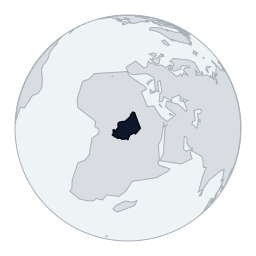 the Earth from above Chad, rotated 42°
{"feature_id": "TCD", "entity_name": "Chad", "entity_type": "country or territory", "adm_level": 0, "iso_a3": "TCD", "parent_name": "Africa", "parent_adm1": "", "projection": "orthographic", "projection_center": [18.978, 15.46], "detail": "fine", "context": "on_globe", "style": "filled", "palette": "ink", "viewbox_px": 256, "rotation_deg": 42, "n_neighbors": 0, "source": "natural_earth", "source_scale": "50m", "svg_char_len": 10932}
<svg xmlns="http://www.w3.org/2000/svg" viewBox="0 0 256 256"><g transform="rotate(42 128 128)"><circle cx="128" cy="128" r="113" fill="#eef3f6" stroke="#a8b0b8"/><path d="M100.5,18.8L93.8,20.7L95.3,20.3L91.1,21.8L91.2,22.0L88.6,22.9L91.0,22.4L93.4,21.5L95.2,21.1L95.5,21.2L92.2,22.3L91.6,22.4L90.8,22.8L89.0,23.3L90.1,23.2L86.1,24.6L90.5,23.5L87.7,24.9L84.9,25.9L84.7,25.4L77.7,27.4L74.8,28.8L71.0,30.9L64.9,35.6L61.9,37.5L58.3,40.5L60.1,39.4L63.6,36.8L66.2,35.8L70.2,33.1L71.8,32.5L76.1,30.1L76.0,31.1L73.5,33.4L69.9,35.5L68.8,36.7L72.6,35.3L66.4,40.3L63.0,45.7L61.3,47.2L57.3,48.2L56.2,46.1L50.9,48.8L54.8,47.8L50.6,52.0L50.1,53.1L50.7,53.5L52.5,52.3L51.1,54.1L46.8,55.4L47.9,53.8L49.3,53.3L48.7,52.5L45.7,54.0L43.8,56.3L41.4,57.1L39.9,58.9L38.6,60.3L41.0,57.3L36.7,62.9L33.7,66.4L38.5,59.6L43.9,53.1L49.7,47.0L55.9,41.4L62.6,36.3L69.6,31.7L77.0,27.6L84.6,24.1L92.5,21.1L100.5,18.8ZM17.7,104.9L18.0,104.2L16.8,110.5L17.9,105.7L17.4,109.6L18.7,112.5L18.3,113.7L19.2,123.9L22.2,130.1L22.9,135.5L22.4,138.0L23.9,139.9L23.9,141.8L31.6,148.9L37.0,155.8L37.9,162.4L35.3,168.2L37.6,182.5L34.2,184.5L36.5,190.0L39.2,196.7L36.8,194.0L40.7,199.1L41.6,200.2L36.4,193.5L31.7,186.5L27.6,179.1L24.0,171.4L21.1,163.4L18.7,155.3L17.0,147.0L15.9,138.6L15.4,130.2L15.5,121.7L16.3,113.3L17.7,104.9ZM24.0,84.8L22.5,88.8L22.7,88.1L24.0,84.8ZM28.0,76.2L28.4,75.4L28.2,75.8L28.0,76.2ZM75.8,29.8L75.9,30.0L75.1,30.3L75.8,29.8ZM77.6,28.8L76.6,29.1L77.2,28.6L77.9,28.4L77.6,28.8ZM78.8,28.6L78.6,27.8L79.8,27.1L83.3,25.9L78.8,28.6ZM94.0,21.2L91.5,22.1L93.3,21.3L94.0,21.2ZM94.7,20.8L97.5,19.6L101.3,18.6L99.6,19.1L104.3,17.9L104.8,18.0L102.3,18.7L99.7,19.2L101.9,18.9L94.7,20.8ZM96.1,20.9L96.3,20.6L99.6,19.6L99.8,20.0L98.6,20.2L96.1,20.9ZM105.3,17.7L107.8,17.2L108.9,17.1L110.0,16.9L105.1,17.9L105.3,17.7ZM98.1,20.5L99.8,20.3L98.5,20.9L96.1,21.1L98.1,20.5ZM100.4,19.3L102.0,18.9L101.2,19.2L100.4,19.3ZM94.9,23.5L95.1,22.9L96.8,22.4L94.9,23.5ZM100.5,20.2L100.9,20.0L101.6,19.8L102.5,19.8L100.5,20.2ZM106.2,17.9L106.2,18.0L108.3,17.5L109.2,17.5L105.7,18.3L107.6,18.0L107.9,18.0L104.8,18.6L106.2,17.9ZM105.5,19.3L101.4,20.5L100.6,21.5L99.0,22.0L100.6,20.3L105.5,19.3ZM105.3,18.8L105.0,19.2L103.2,19.5L102.3,19.4L105.3,18.8ZM111.0,17.4L110.5,17.1L111.3,16.9L111.0,17.4ZM105.6,19.4L106.6,19.2L105.7,19.5L105.6,19.4ZM109.8,17.9L109.5,17.7L110.4,17.6L109.8,17.9ZM108.7,18.8L107.4,19.1L106.7,19.1L108.7,18.8ZM109.5,18.3L110.8,18.2L107.3,18.8L109.2,18.3L109.5,18.3ZM110.6,17.8L111.1,17.7L110.6,17.9L110.6,17.8ZM112.1,19.0L107.8,19.9L106.4,19.6L110.6,18.8L112.1,19.0ZM213.2,54.4L213.7,54.9L211.0,51.9L214.2,55.7L216.1,57.9L215.4,56.9L217.1,59.1L218.9,61.5L219.5,62.3L223.9,68.9L227.8,75.8L231.2,82.9L232.8,87.5L233.6,89.5L232.6,88.1L233.9,92.8L237.6,102.6L238.3,105.9L239.1,113.7L238.7,111.3L236.3,107.3L237.6,115.6L239.5,120.7L240.2,128.0L239.5,126.7L238.6,120.4L237.7,118.8L236.7,111.7L233.5,102.3L232.7,105.4L231.5,101.3L227.0,94.3L225.2,98.7L223.1,112.1L224.8,122.9L223.2,128.5L216.2,114.8L212.5,105.0L210.4,106.8L202.9,99.7L191.1,102.0L189.0,99.7L186.9,101.4L181.6,99.6L178.4,95.7L175.3,96.5L183.8,106.9L187.0,106.1L189.3,101.1L191.0,105.0L196.1,107.8L191.7,119.0L173.6,130.9L171.3,123.0L154.8,102.4L155.0,99.9L154.9,99.7L154.7,99.2L153.7,103.3L150.7,99.3L160.1,113.8L161.9,120.3L173.3,131.4L172.4,132.8L175.9,134.9L186.6,130.3L186.8,133.0L182.1,146.3L166.8,164.9L168.6,175.7L167.0,185.0L156.9,191.9L157.2,198.6L151.9,201.4L151.1,205.2L146.5,209.4L139.1,213.4L127.0,213.8L126.7,210.5L121.4,204.1L114.2,187.7L117.7,179.9L116.9,173.7L108.1,159.7L110.0,151.8L107.6,148.4L102.6,149.1L99.7,145.0L96.6,144.8L77.1,146.4L70.9,140.7L63.0,123.7L66.4,117.6L66.6,110.1L89.5,86.7L94.8,88.4L113.3,85.7L115.7,86.6L113.9,92.3L128.2,99.2L132.2,94.3L144.7,97.7L152.7,97.0L154.7,86.2L141.6,87.0L138.9,82.0L149.0,76.9L160.4,76.8L159.7,74.9L152.1,71.0L154.3,67.4L149.4,69.5L151.7,71.3L148.7,72.8L146.5,71.3L147.3,70.0L143.8,69.3L140.5,76.4L142.5,79.0L133.5,80.7L135.9,85.4L133.6,87.7L128.6,80.8L128.8,78.2L120.0,71.1L119.0,73.9L127.3,80.9L124.8,80.4L123.5,84.8L122.6,81.1L113.9,73.2L105.5,75.0L95.4,85.6L90.4,86.4L85.9,84.1L88.9,73.2L99.8,72.8L101.0,69.5L98.3,64.6L101.8,65.1L102.0,63.2L106.1,63.0L111.3,58.7L115.4,58.2L116.9,52.9L119.2,52.1L117.7,55.4L118.7,57.6L128.8,57.2L130.6,56.0L130.8,52.7L133.5,53.2L132.4,50.1L137.9,48.7L130.3,48.0L130.3,44.6L133.3,42.1L131.9,41.0L127.0,45.2L126.2,47.1L127.8,48.9L124.6,54.6L121.3,55.7L119.4,49.6L114.5,50.6L115.2,45.9L128.1,36.5L133.8,34.8L144.2,38.4L143.2,40.3L139.0,39.9L143.4,43.1L142.8,41.5L145.1,42.1L145.6,39.5L147.3,39.8L145.0,36.9L147.1,37.1L148.5,38.9L151.2,35.6L155.3,35.5L155.1,34.7L153.7,33.8L160.0,34.5L159.6,33.9L157.4,33.4L155.1,31.9L153.5,29.7L155.8,30.0L156.6,30.9L161.8,33.4L163.8,36.0L164.6,35.9L163.4,33.9L157.0,30.7L155.5,29.3L158.6,30.5L157.4,29.9L157.3,29.4L159.3,29.2L155.9,27.9L151.9,22.4L155.4,22.1L158.7,23.5L158.3,21.2L162.3,21.7L160.3,21.1L158.7,20.2L157.4,19.9L156.3,19.6L151.7,17.9L152.0,17.9L159.8,19.9L167.4,22.5L174.9,25.6L182.1,29.2L189.0,33.3L195.6,37.9L201.9,43.0L207.8,48.5L213.2,54.4ZM82.2,98.9L81.7,101.1L82.2,98.9ZM172.9,82.3L179.4,82.0L175.5,75.8L177.7,75.2L175.6,73.5L175.2,75.4L170.0,70.6L172.4,68.4L171.1,65.8L168.9,65.8L165.3,70.7L172.8,77.4L171.7,80.2L172.9,82.3ZM18.8,112.5L18.8,114.1L18.5,113.6L18.8,112.5ZM21.4,95.5L21.5,96.7L21.1,96.5L21.4,95.5ZM22.2,90.0L21.4,94.7L20.6,95.0L21.3,92.1L21.3,92.6L22.2,90.0ZM26.4,79.5L26.0,80.1L25.6,81.1L26.1,80.0L26.4,79.5ZM27.8,76.6L28.4,75.5L27.8,76.6ZM50.9,51.9L51.2,51.8L51.3,52.6L50.5,52.9L50.9,51.9ZM56.7,52.6L54.5,55.4L55.5,53.5L53.9,54.3L54.0,51.5L60.5,47.8L57.5,49.8L56.7,52.6ZM56.0,47.2L55.2,49.1L55.9,47.2L56.0,47.2ZM99.2,54.3L100.8,55.4L99.4,57.4L94.3,58.9L96.1,55.8L99.2,54.3ZM103.3,56.6L102.9,50.6L106.1,49.8L104.3,51.2L106.5,51.2L104.3,53.6L107.7,59.0L106.8,61.2L97.8,62.1L101.2,60.4L99.5,59.3L103.3,56.6ZM96.2,39.9L96.1,38.1L103.2,38.5L102.5,40.1L97.3,41.5L95.1,40.3L96.2,39.9ZM84.9,26.9L84.4,26.8L85.3,26.4L86.5,26.2L84.9,26.9ZM94.8,23.3L88.1,27.3L87.2,27.3L84.3,30.0L80.8,31.2L82.7,29.3L77.9,32.4L78.2,31.2L75.2,33.4L79.9,29.0L80.1,28.3L81.3,28.6L84.5,27.5L86.0,26.8L90.1,24.5L92.0,22.7L95.5,21.6L97.5,21.3L97.6,21.6L95.3,22.1L97.1,22.1L93.8,23.2L94.8,23.3ZM118.9,23.2L116.1,23.0L119.2,24.6L115.9,25.0L116.5,25.2L114.3,26.1L112.6,27.6L111.0,27.6L111.0,28.2L109.6,29.0L109.1,29.9L106.1,30.4L105.3,31.5L104.3,31.1L103.7,33.1L102.8,31.9L100.9,33.0L102.7,33.6L88.0,35.7L82.4,38.1L78.3,40.8L77.4,38.8L80.8,35.2L86.3,31.3L91.7,29.6L90.3,29.2L92.5,28.3L92.7,29.0L93.8,27.4L95.6,26.9L100.5,24.5L100.9,23.0L102.7,22.2L103.5,22.5L104.7,21.5L107.4,21.8L108.7,21.3L112.7,21.3L113.4,22.5L114.8,21.9L117.9,22.1L118.9,23.2ZM113.1,19.0L114.7,20.1L113.7,20.9L107.2,20.7L105.7,21.2L101.5,21.4L103.0,20.2L104.1,20.2L105.4,20.0L104.4,20.4L106.3,19.9L107.8,20.0L109.7,19.6L109.7,20.0L113.1,19.0ZM118.1,84.4L119.9,84.7L122.7,84.4L121.9,87.3L118.1,84.4ZM112.0,79.1L113.6,78.7L113.9,82.4L112.0,82.3L112.0,79.1ZM114.3,75.6L113.7,78.4L112.9,76.9L114.3,75.6ZM119.1,54.9L120.8,54.5L121.0,55.3L120.2,56.5L119.1,54.9ZM127.2,29.1L125.8,28.6L126.2,28.3L125.0,26.5L127.3,26.3L129.0,27.2L127.2,29.1ZM152.6,88.2L150.4,90.4L149.2,89.5L150.2,88.9L152.6,88.2ZM135.5,88.9L139.5,90.1L135.3,89.7L135.5,88.9ZM129.5,28.5L128.7,27.8L130.4,28.2L129.5,28.5ZM129.0,26.0L130.9,26.2L127.5,26.0L129.0,26.0ZM185.0,222.2L184.8,223.0L183.5,223.4L185.0,222.2ZM184.8,181.2L176.1,197.8L171.2,198.5L170.9,194.1L174.5,184.3L180.4,180.8L183.4,176.0L184.8,181.2ZM239.6,142.9L239.9,140.7L240.0,140.3L239.6,142.9ZM239.9,140.7L239.5,137.3L236.9,124.7L237.9,124.0L240.2,130.5L240.1,132.2L240.3,135.3L239.9,140.7ZM240.6,127.6L240.6,127.2L240.6,125.5L240.6,127.6ZM225.2,123.7L227.4,129.4L226.3,131.0L225.2,123.7ZM234.7,92.6L234.8,93.7L234.3,92.2L233.7,89.8L234.7,92.6ZM148.3,27.2L147.4,29.7L148.3,31.8L151.2,33.3L146.7,32.6L145.3,29.3L148.3,27.2ZM151.2,22.9L148.7,22.0L150.0,21.9L150.8,22.1L151.2,22.9ZM149.5,22.7L146.0,22.5L144.7,21.7L147.8,22.0L149.5,22.7ZM137.8,25.0L137.4,25.7L136.0,25.3L137.8,25.0ZM155.7,19.6L154.2,19.2L154.8,19.1L155.7,19.6ZM150.6,18.1L151.0,18.4L149.6,17.9L150.6,18.1ZM152.0,19.2L150.7,18.5L153.3,19.4L152.0,19.2Z" fill="#d9dde1" stroke="#a8b0b8" stroke-width="1"/><path d="M137.3,120.0L137.3,120.8L137.3,121.7L137.3,122.6L137.4,123.5L137.4,124.3L137.4,125.2L137.4,126.1L137.4,127.0L137.5,127.3L137.4,127.4L136.9,127.3L136.7,127.3L136.1,127.5L135.8,127.4L135.6,127.6L135.5,127.8L135.6,128.2L135.5,128.4L135.5,128.5L135.4,128.6L135.3,128.8L135.2,128.8L135.1,129.0L135.0,129.3L134.9,129.5L134.6,129.6L134.5,129.8L134.6,130.0L134.6,130.3L134.8,130.4L134.8,130.5L134.7,130.6L134.4,130.8L134.1,131.0L134.0,131.4L134.1,131.6L134.2,131.9L134.2,132.0L134.2,132.3L133.8,132.6L133.6,132.8L133.5,133.1L133.5,133.3L133.8,133.4L134.0,133.4L134.5,133.5L134.5,133.8L134.6,134.1L134.7,134.5L134.9,134.7L134.9,134.8L134.9,135.4L135.0,135.6L135.2,135.8L135.3,135.8L135.5,135.9L135.6,136.0L135.6,136.3L135.6,136.6L135.5,136.8L135.4,136.8L135.2,136.8L135.0,136.7L134.8,136.7L134.5,136.8L134.3,136.9L134.2,137.0L133.9,137.1L133.4,137.4L133.3,137.5L133.3,137.8L133.3,138.0L133.2,138.1L133.0,138.3L132.9,138.3L132.7,138.7L132.6,138.8L132.4,138.7L131.9,139.3L131.7,139.6L131.5,139.9L131.3,140.0L131.2,140.1L130.6,140.4L130.1,140.4L129.9,140.5L129.7,140.6L129.3,140.6L129.2,140.6L128.8,140.7L128.3,140.6L128.1,140.7L128.0,140.8L127.8,140.9L127.8,141.0L128.2,141.2L128.3,141.3L128.2,141.5L127.9,141.8L127.6,142.1L127.4,142.2L127.3,142.3L127.2,142.5L126.6,142.6L126.0,142.6L125.6,142.7L125.4,142.6L125.1,142.8L124.9,142.8L124.6,143.0L124.4,143.2L123.9,143.3L123.8,143.5L123.7,143.5L123.5,143.3L123.3,143.1L123.3,142.9L123.2,142.9L123.0,143.0L122.9,143.2L122.6,143.3L122.3,143.4L122.1,143.5L121.9,143.6L121.6,143.6L121.4,143.5L121.2,143.5L121.3,143.3L121.3,143.2L121.2,142.9L120.9,142.4L120.8,141.9L120.5,141.5L120.2,141.2L119.9,141.0L119.8,140.9L119.4,140.5L119.0,140.2L118.9,140.0L118.7,139.8L118.5,139.5L118.4,139.4L118.3,139.2L118.5,139.0L118.6,138.8L118.8,138.7L119.1,138.7L119.5,138.7L120.0,138.8L120.4,138.7L120.6,138.7L120.9,138.7L121.3,138.7L121.6,138.7L121.3,138.5L121.1,138.2L120.8,138.0L120.7,137.7L120.6,137.4L120.5,137.0L120.4,136.5L120.4,136.2L120.6,135.6L120.5,135.4L120.5,135.0L120.5,134.9L120.3,134.5L120.1,134.2L120.1,133.7L119.9,133.4L119.7,133.3L119.5,133.1L119.5,132.8L119.4,132.7L118.9,132.6L118.6,132.6L118.4,132.2L118.0,131.8L117.8,131.3L117.6,130.5L117.5,130.0L117.6,129.8L117.9,129.5L118.2,128.9L118.9,127.9L119.3,127.3L120.0,126.6L120.9,125.6L121.4,125.1L121.5,124.1L121.6,123.1L121.7,122.3L121.8,121.4L121.9,120.6L121.9,120.0L122.0,119.2L122.4,118.5L122.4,118.4L121.9,117.7L121.7,117.3L121.8,117.2L121.3,116.3L121.1,116.2L121.1,115.9L121.1,115.3L120.9,114.3L120.8,113.2L121.4,112.9L122.0,112.6L122.6,112.3L123.2,112.6L124.0,113.1L124.9,113.6L125.8,114.0L126.6,114.5L127.5,115.0L128.4,115.4L129.3,115.9L130.1,116.4L131.0,116.8L131.9,117.3L132.8,117.7L133.7,118.2L134.6,118.6L135.5,119.1L136.4,119.5L137.3,120.0Z" fill="#0f172a" stroke="#020617" stroke-width="1.5"/></g></svg>